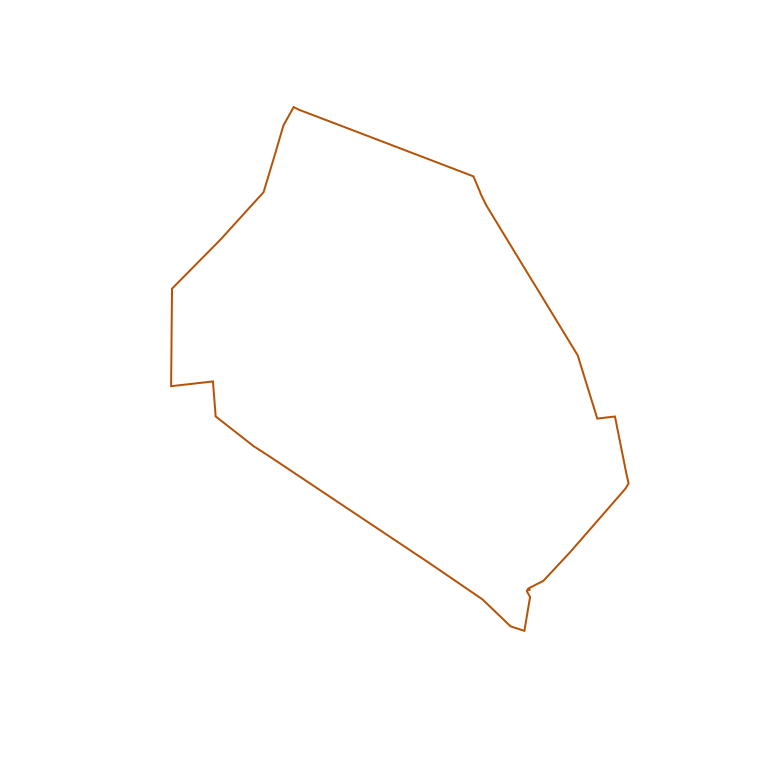 outline of Wilson, North Carolina, United States of America, rotated 239°
{"feature_id": "52423323B63255212949591", "entity_name": "Wilson", "entity_type": "district", "adm_level": 2, "iso_a3": "USA", "parent_name": "United States of America", "parent_adm1": "North Carolina", "projection": "robinson", "projection_center": [-77.978, 35.725], "detail": "fine", "context": "isolated", "style": "outline", "palette": "amber", "viewbox_px": 768, "rotation_deg": 239, "n_neighbors": 0, "source": "geoboundaries", "source_scale": "gbopen_adm2", "svg_char_len": 742}
<svg xmlns="http://www.w3.org/2000/svg" viewBox="0 0 768 768"><g transform="rotate(239 384 384)"><path d="M491.8,200.4L474.3,238.7L442.9,223.0L397.9,240.2L381.0,248.5L207.4,330.5L205.9,331.2L148.6,357.5L141.6,359.4L141.2,359.5L111.0,367.7L100.1,377.2L126.2,399.5L132.3,399.7L133.3,400.1L133.7,401.3L132.7,401.9L132.7,402.7L134.3,402.5L134.1,406.6L133.2,419.2L143.9,456.6L169.9,536.9L172.8,542.5L174.2,542.9L182.4,545.6L229.6,562.5L230.3,562.8L237.2,565.2L244.5,549.0L308.8,564.8L390.9,564.3L395.6,564.2L443.1,563.9L484.1,563.7L497.4,564.8L498.4,565.1L515.9,567.6L629.6,478.5L662.4,452.7L667.9,449.2L657.4,430.9L637.8,409.7L610.4,379.5L605.1,361.7L591.8,317.5L574.9,251.4L491.8,200.4Z" fill="none" stroke="#b45309" stroke-width="2"/></g></svg>